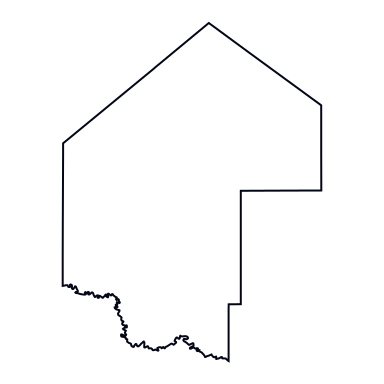 Pirane, Formosa, Argentina
{"feature_id": "61730980B72104600250977", "entity_name": "Pirane", "entity_type": "district", "adm_level": 2, "iso_a3": "ARG", "parent_name": "Argentina", "parent_adm1": "Formosa", "projection": "mercator", "projection_center": [-59.332, -25.781], "detail": "fine", "context": "isolated", "style": "outline", "palette": "ink", "viewbox_px": 384, "rotation_deg": 0, "n_neighbors": 0, "source": "geoboundaries", "source_scale": "gbopen_adm2", "svg_char_len": 5956}
<svg xmlns="http://www.w3.org/2000/svg" viewBox="0 0 384 384"><path d="M240.8,304.2L240.8,257.6L240.8,248.2L240.8,242.4L240.8,241.2L240.8,190.8L287.4,190.6L321.3,190.5L321.2,152.2L321.2,136.5L321.2,109.1L321.2,106.4L321.2,105.3L249.9,53.2L208.8,23.0L155.3,67.3L154.1,68.4L63.1,143.3L63.1,154.2L62.8,223.2L62.7,255.3L62.7,283.9L62.7,285.9L63.8,285.7L64.8,285.5L65.6,285.3L66.5,285.2L66.9,285.2L67.2,285.2L67.6,285.5L67.9,286.0L68.1,286.3L68.2,286.6L68.4,286.9L69.0,287.0L69.7,287.0L70.3,286.6L70.5,286.2L70.1,285.5L69.9,284.9L70.5,284.5L71.1,284.6L71.8,285.1L72.0,286.2L71.9,287.4L71.9,288.3L72.2,288.7L72.6,289.0L73.1,289.0L73.4,288.8L74.0,288.1L74.6,287.2L75.0,286.4L75.4,286.4L75.7,286.5L76.0,286.9L76.2,287.5L76.8,289.0L77.5,290.2L77.8,290.9L77.8,291.3L77.6,291.6L77.1,291.9L75.8,292.0L75.4,292.5L75.9,293.0L76.5,293.1L77.5,293.1L78.3,293.3L79.1,293.7L80.2,294.0L81.9,294.3L83.9,294.6L85.1,294.6L85.7,294.3L85.7,293.9L85.4,293.7L85.0,293.1L84.9,292.6L85.1,292.3L85.4,292.1L85.7,292.2L86.1,292.6L86.4,293.0L86.9,293.3L87.2,293.2L87.5,293.0L87.5,292.6L87.8,292.2L88.1,291.9L88.4,292.0L88.7,292.1L88.9,292.4L88.9,292.7L88.4,293.4L88.3,294.0L88.5,294.4L88.9,294.5L89.5,294.4L89.9,294.1L91.7,292.5L92.1,292.4L92.5,292.6L93.0,293.0L93.7,295.1L94.4,296.3L94.7,296.9L94.8,296.9L95.0,297.0L95.4,296.8L96.6,295.6L97.6,295.4L98.1,295.4L98.3,295.6L98.3,296.1L97.9,297.2L97.7,297.6L98.0,297.8L98.4,297.8L98.7,297.8L99.0,297.3L99.2,296.8L99.4,296.1L99.7,295.8L100.0,295.9L101.5,297.0L102.1,297.5L102.6,297.8L103.1,297.6L103.4,297.0L103.8,296.6L104.4,296.4L104.9,295.8L105.3,294.9L105.8,294.5L106.0,294.5L106.3,295.1L106.1,295.8L106.3,296.4L107.0,296.9L107.5,297.2L108.0,297.2L108.2,296.7L108.0,295.8L107.8,294.6L108.0,294.0L108.2,293.7L108.5,293.7L108.7,293.8L109.0,294.0L109.5,294.4L110.5,295.3L111.2,295.3L112.1,294.1L112.4,294.1L112.8,294.3L113.0,294.7L113.3,295.3L113.8,295.6L114.8,296.4L115.4,296.9L116.2,297.2L116.7,297.4L116.8,297.7L116.6,298.4L116.0,299.1L116.5,299.9L116.8,300.0L117.1,299.9L117.5,299.5L117.7,299.2L118.0,299.2L118.4,299.2L118.6,299.4L118.8,299.8L118.9,300.8L119.1,301.2L119.3,301.6L119.6,302.0L119.8,302.5L119.5,303.0L119.0,302.9L117.9,302.5L117.1,302.2L116.9,302.2L116.8,302.5L116.8,303.1L117.2,303.8L117.3,304.3L117.1,304.7L116.7,304.8L116.3,304.7L115.8,304.8L115.8,305.3L116.3,305.8L117.0,306.3L117.4,306.5L117.5,306.9L117.3,307.2L117.0,307.3L116.2,307.2L115.5,307.2L114.7,307.3L114.7,307.7L114.8,308.0L115.4,308.7L116.2,309.3L117.4,309.7L118.2,309.9L119.2,310.1L119.5,310.3L119.5,310.7L119.3,311.4L118.9,312.0L118.4,312.8L118.1,313.4L118.1,314.5L118.6,315.3L119.8,315.9L121.5,317.4L121.2,319.5L121.6,320.4L122.0,320.8L122.9,321.1L123.2,321.4L123.4,321.6L123.2,322.1L122.3,323.0L122.2,323.5L122.2,324.0L122.6,324.7L123.0,325.0L123.6,325.1L124.1,325.2L124.4,325.6L125.0,326.1L125.6,325.6L126.2,325.3L126.7,325.5L126.9,326.4L126.8,327.3L124.6,327.8L123.6,328.3L123.0,328.9L123.4,329.4L124.3,329.9L125.1,330.2L125.9,330.8L125.8,331.0L125.5,331.4L125.2,331.9L125.0,332.4L124.9,332.8L124.9,333.1L125.4,333.8L125.8,334.2L126.1,334.5L126.1,334.9L125.9,335.2L125.5,335.4L124.5,335.5L123.5,335.3L122.6,334.8L121.8,334.4L121.2,334.5L121.0,335.0L121.2,336.1L121.4,336.5L122.1,336.7L124.1,337.0L124.9,337.1L125.6,337.5L125.6,338.2L125.6,338.5L125.8,338.8L126.3,338.9L126.9,339.1L127.3,339.6L127.2,340.1L127.1,341.0L127.2,341.7L127.6,342.0L128.2,342.4L129.0,343.0L130.1,343.3L130.9,343.8L131.1,344.1L131.2,345.1L131.4,345.7L132.7,346.8L133.3,346.9L133.8,346.8L134.1,345.9L135.3,344.4L135.7,344.0L136.1,344.0L136.4,344.2L136.7,345.0L137.0,345.7L137.7,346.3L138.2,346.3L138.7,346.2L139.2,345.7L139.7,345.4L140.1,344.9L140.5,344.4L140.9,344.0L141.5,343.4L142.2,342.8L143.0,342.1L143.5,341.5L143.8,341.5L144.2,342.2L144.4,342.8L144.3,343.5L144.4,343.9L144.2,345.3L144.2,346.1L144.3,347.2L144.3,347.3L144.9,347.5L145.4,347.3L147.3,346.3L147.7,346.2L148.0,346.4L148.3,347.0L148.5,347.9L148.9,348.4L149.5,348.3L151.0,348.3L151.5,348.5L151.9,348.8L152.3,349.6L152.7,350.1L153.3,350.2L154.0,350.1L154.7,349.7L155.8,349.6L156.4,350.1L157.5,350.4L158.0,350.7L158.4,350.4L158.0,349.4L157.4,348.1L157.7,347.8L158.4,347.5L159.5,347.2L160.4,347.2L160.9,347.4L161.4,347.9L161.6,348.2L161.9,348.1L162.5,347.8L162.8,347.3L163.2,347.0L163.4,347.1L163.7,347.3L164.0,347.8L164.4,348.2L164.7,348.3L165.0,348.1L165.5,347.2L166.3,346.6L167.0,346.4L167.9,345.8L169.2,345.0L170.5,344.1L171.2,343.7L171.7,343.7L172.3,343.8L172.8,344.1L173.4,344.7L174.0,344.5L176.1,342.6L176.1,342.3L176.0,341.9L175.7,341.7L174.7,341.1L174.6,340.8L175.3,339.2L175.7,338.7L176.0,338.0L176.7,337.5L177.5,337.7L178.4,338.6L178.9,338.8L179.3,338.8L179.6,338.4L179.9,337.6L180.0,336.2L180.3,335.8L180.6,336.0L181.4,336.3L182.4,336.4L184.2,336.2L185.6,336.2L186.7,336.4L187.5,337.0L187.9,337.5L188.0,337.8L187.9,338.4L187.6,338.7L187.0,339.1L186.1,339.3L185.2,339.0L184.0,338.9L183.5,339.6L183.4,340.4L183.7,340.9L184.3,341.4L184.9,341.7L185.6,342.1L186.9,343.0L187.9,344.0L189.1,344.9L189.9,344.5L192.8,343.2L193.3,343.4L193.5,344.4L193.6,345.5L193.1,346.4L192.5,346.3L191.5,346.9L191.0,347.1L190.5,347.4L190.1,347.7L189.9,348.1L190.0,348.6L190.8,348.7L191.6,348.3L192.9,347.6L193.7,347.6L194.3,347.8L194.9,348.3L195.4,348.7L196.0,348.6L196.8,348.2L197.4,348.2L197.7,348.3L198.0,348.6L197.9,349.1L197.7,349.6L196.9,350.0L196.7,350.6L197.3,351.1L198.0,351.0L198.7,350.3L199.4,350.2L199.4,351.1L199.7,351.6L200.4,351.8L201.1,352.2L202.0,352.7L202.7,353.7L203.6,354.4L204.0,355.1L204.7,356.1L205.1,357.0L205.9,356.9L206.8,356.2L208.4,355.8L210.3,355.0L211.5,354.5L211.8,355.2L212.2,355.7L212.9,356.4L213.4,357.0L214.3,357.3L215.2,356.8L216.1,356.7L216.2,357.4L216.2,358.3L216.2,358.9L216.6,359.0L217.2,358.7L218.8,358.4L219.7,358.0L220.7,357.3L221.6,357.0L222.0,357.2L222.2,357.6L222.1,358.1L222.4,358.4L222.7,358.4L223.5,358.4L224.9,358.4L225.8,358.6L227.0,359.7L227.8,360.5L228.6,361.0L228.6,359.4L228.6,332.2L228.6,309.0L228.7,304.3L240.8,304.2Z" fill="none" stroke="#020617" stroke-width="2"/></svg>